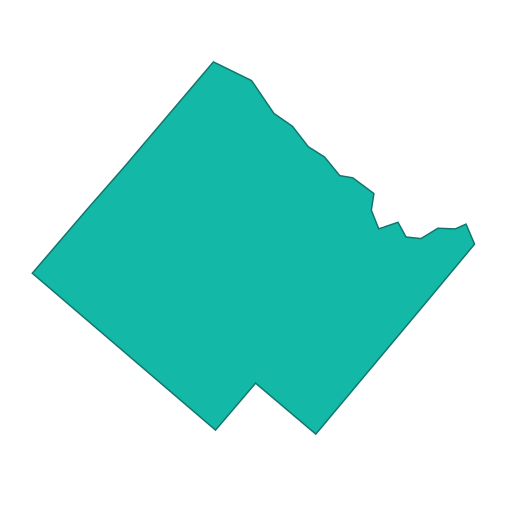 Parke, Indiana, United States of America (Robinson projection), rotated 130°
{"feature_id": "52423323B17417544173704", "entity_name": "Parke", "entity_type": "district", "adm_level": 2, "iso_a3": "USA", "parent_name": "United States of America", "parent_adm1": "Indiana", "projection": "robinson", "projection_center": [-87.293, 39.779], "detail": "fine", "context": "isolated", "style": "filled", "palette": "teal", "viewbox_px": 512, "rotation_deg": 130, "n_neighbors": 0, "source": "geoboundaries", "source_scale": "gbopen_adm2", "svg_char_len": 491}
<svg xmlns="http://www.w3.org/2000/svg" viewBox="0 0 512 512"><g transform="rotate(130 256 256)"><path d="M415.4,175.1L353.7,174.6L354.0,102.4L354.0,95.7L182.9,95.9L106.4,96.2L96.6,115.6L107.2,120.8L117.8,134.5L136.6,140.8L145.0,153.3L138.9,168.9L156.3,179.4L146.8,197.1L132.4,205.8L133.9,232.1L140.6,243.5L136.1,267.2L138.7,286.2L133.2,311.5L135.3,333.9L124.5,372.1L134.7,413.4L272.9,414.2L329.2,415.4L413.0,416.3L415.4,175.1Z" fill="#14b8a6" stroke="#0f766e" stroke-width="1.5"/></g></svg>